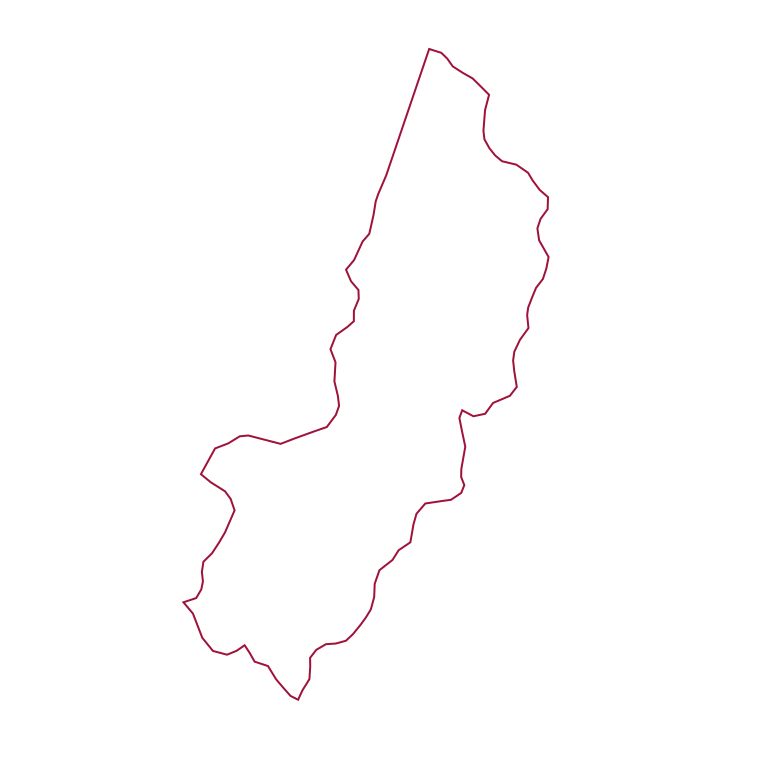 outline of Dobrada, São Paulo, Brazil, rotated 298°
{"feature_id": "56859067B78643306619002", "entity_name": "Dobrada", "entity_type": "district", "adm_level": 2, "iso_a3": "BRA", "parent_name": "Brazil", "parent_adm1": "São Paulo", "projection": "orthographic", "projection_center": [-48.364, -21.515], "detail": "fine", "context": "isolated", "style": "outline", "palette": "rose", "viewbox_px": 768, "rotation_deg": 298, "n_neighbors": 0, "source": "geoboundaries", "source_scale": "gbopen_adm2", "svg_char_len": 1685}
<svg xmlns="http://www.w3.org/2000/svg" viewBox="0 0 768 768"><g transform="rotate(298 384 384)"><path d="M569.3,288.0L549.4,289.7L541.5,290.9L528.3,295.4L509.7,300.5L499.7,298.2L479.5,299.4L467.1,296.8L459.2,306.7L455.0,317.3L447.2,321.8L434.6,323.0L425.3,327.9L417.2,324.9L404.9,318.7L389.6,320.4L380.4,331.0L363.0,339.0L351.8,348.9L343.6,354.6L334.1,356.0L319.2,353.7L308.4,343.7L293.0,329.8L282.6,320.8L274.8,288.3L270.1,281.2L258.5,274.4L247.8,265.1L218.4,264.7L215.9,277.2L214.6,294.1L210.5,302.6L202.3,311.4L178.3,313.3L166.6,312.8L153.7,311.6L142.3,308.0L132.6,311.4L124.7,316.8L116.9,319.1L106.9,318.7L97.1,309.4L91.6,323.1L74.6,342.7L68.0,358.3L71.3,372.5L79.2,379.1L87.9,383.6L83.7,391.3L78.1,400.1L80.5,414.0L72.6,427.4L68.9,436.7L64.7,447.9L64.9,456.4L75.2,455.8L88.4,456.7L99.9,451.5L107.5,447.3L117.5,449.0L127.0,454.9L132.3,463.4L139.4,470.9L148.5,474.0L160.1,476.3L169.1,477.6L178.7,478.2L191.2,475.4L203.2,469.6L217.5,467.4L232.6,474.1L244.2,475.0L256.6,481.6L274.0,475.9L284.7,473.6L297.9,476.6L307.9,490.1L313.2,497.5L324.1,503.3L332.4,502.4L338.1,495.8L345.2,492.2L366.8,485.2L379.6,474.5L389.4,466.5L397.5,465.4L397.5,478.1L405.2,487.3L418.5,489.2L432.7,500.7L443.8,502.6L456.2,493.2L465.3,487.0L473.7,483.9L486.9,483.3L501.2,485.3L512.1,478.0L519.2,475.4L529.2,474.2L540.3,473.1L551.4,475.0L562.3,473.1L573.4,469.7L583.7,453.5L593.4,446.4L603.3,444.7L615.2,446.4L626.0,441.1L628.4,430.5L633.5,419.7L638.1,412.1L639.8,397.9L636.1,383.6L638.0,374.8L641.7,366.3L647.2,357.8L654.3,352.9L673.4,344.6L688.7,341.0L692.4,328.9L695.4,318.8L695.7,307.5L696.7,295.6L701.0,287.1L703.3,279.1L701.0,266.6L569.3,288.0Z" fill="none" stroke="#9f1239" stroke-width="2"/></g></svg>